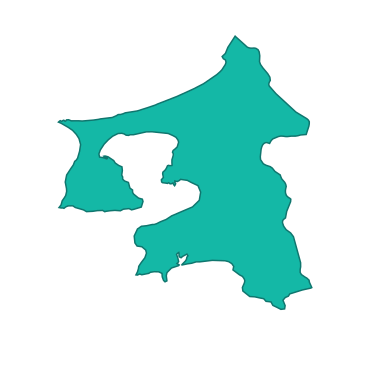 the Prefecture of Aomori, rotated 254°
{"feature_id": "JPN-1863", "entity_name": "Aomori", "entity_type": "Prefecture", "adm_level": 1, "iso_a3": "JPN", "parent_name": "Japan", "parent_adm1": "", "projection": "equal_earth", "projection_center": [140.822, 40.879], "detail": "fine", "context": "isolated", "style": "filled", "palette": "teal", "viewbox_px": 384, "rotation_deg": 254, "n_neighbors": 0, "source": "natural_earth", "source_scale": "10m", "svg_char_len": 4527}
<svg xmlns="http://www.w3.org/2000/svg" viewBox="0 0 384 384"><g transform="rotate(254 192 192)"><path d="M67.1,280.8L66.9,279.7L67.4,271.1L67.2,262.5L67.1,257.9L65.3,255.9L64.9,252.6L62.9,249.6L57.1,250.2L54.1,248.8L54.7,245.1L57.7,241.9L60.7,238.5L64.6,237.6L66.5,233.0L69.7,231.5L71.3,228.3L73.9,223.5L75.6,218.7L82.8,213.6L86.3,214.1L90.2,217.3L92.1,218.3L94.3,218.2L97.0,217.2L99.2,214.9L105.8,209.9L109.0,211.6L112.2,210.5L114.9,208.1L116.8,204.8L120.7,192.7L122.7,180.3L123.7,176.7L123.6,172.0L124.2,167.8L124.6,162.3L125.0,162.3L127.5,166.7L128.8,168.1L130.7,169.1L131.8,170.5L133.7,170.0L132.7,165.3L131.8,163.4L132.9,162.2L134.2,161.9L135.8,162.4L137.5,162.6L137.0,161.0L136.2,159.9L133.2,160.2L131.6,160.1L128.9,160.0L128.0,159.0L127.4,157.8L126.4,158.7L125.4,159.6L124.9,158.8L124.7,153.8L124.6,151.3L121.4,145.7L118.6,144.2L116.0,143.8L113.5,143.4L113.1,141.3L114.8,140.3L118.6,140.0L122.0,140.7L124.4,138.1L125.8,133.7L126.3,129.9L125.7,128.0L125.9,125.9L126.3,120.9L127.6,119.1L127.2,116.6L127.8,115.3L130.3,117.6L133.3,119.5L135.2,120.3L137.9,123.4L141.8,128.6L145.8,131.4L149.0,131.5L153.2,128.7L155.2,124.3L158.8,123.1L165.6,124.3L171.5,129.4L173.0,133.9L172.1,139.1L171.7,144.9L171.2,146.8L171.3,149.3L172.1,153.5L172.7,159.5L174.7,166.0L177.5,188.4L182.0,196.7L189.5,200.3L196.5,199.5L201.3,194.0L204.5,190.7L207.3,184.5L206.6,183.1L206.1,180.8L206.7,179.4L207.3,178.6L206.1,178.1L204.7,178.6L203.8,178.1L202.8,177.0L204.1,176.4L205.9,176.2L205.6,174.6L205.9,173.2L207.4,172.1L207.0,170.8L207.5,169.9L209.1,166.2L210.0,165.6L212.2,165.9L213.9,168.5L217.6,168.8L219.1,169.5L220.4,172.1L221.7,173.7L224.0,175.7L224.1,176.8L223.8,177.3L223.7,177.3L223.3,178.4L223.0,180.0L223.8,180.4L225.4,180.7L228.5,181.6L232.1,183.9L233.9,184.6L235.6,184.2L237.1,185.3L238.0,187.5L239.4,190.2L240.8,191.1L243.6,192.9L245.9,192.8L249.0,191.7L251.5,189.2L254.8,185.3L260.9,170.2L262.4,164.6L263.2,151.4L264.1,148.3L263.9,146.6L264.8,144.3L266.5,142.8L267.8,140.7L268.6,137.0L267.5,131.1L265.3,126.0L262.2,120.7L257.7,115.5L254.3,113.0L251.0,112.8L249.7,115.6L248.7,117.3L247.4,119.0L247.5,119.8L248.4,120.0L249.3,118.6L250.2,117.4L250.7,117.1L250.7,117.7L250.4,118.7L248.9,121.1L243.8,125.4L241.0,126.2L237.7,128.9L235.5,131.6L231.9,131.0L227.6,129.1L225.6,129.5L223.4,128.9L221.2,130.2L218.7,133.5L212.9,133.4L210.3,135.4L208.0,134.8L206.1,135.3L200.9,138.9L198.8,142.3L196.4,142.3L191.5,139.1L191.4,131.3L191.5,129.0L193.4,126.9L194.4,121.3L193.7,118.0L195.6,112.8L196.6,107.9L197.1,104.3L197.1,102.7L198.9,101.1L200.2,95.8L200.8,91.3L202.2,85.2L204.7,82.8L209.3,75.5L211.4,73.8L211.8,72.9L212.8,69.0L212.5,66.6L211.6,64.4L212.2,63.6L212.8,61.6L213.7,59.9L215.7,62.6L219.3,64.8L221.4,67.4L223.4,69.6L225.7,70.9L227.2,71.7L229.9,72.3L236.5,72.9L242.9,76.2L248.2,82.3L250.7,85.4L253.8,87.7L254.4,89.3L256.0,91.3L262.2,95.2L268.3,98.0L274.5,98.1L279.2,96.7L284.2,94.2L288.4,90.7L291.6,87.6L294.1,85.2L296.0,82.9L296.4,83.7L296.9,85.0L295.9,86.2L296.4,88.1L296.2,88.7L295.0,89.5L295.2,90.4L295.9,91.2L295.5,93.3L293.7,95.5L292.9,98.4L291.7,102.6L290.5,106.0L288.3,117.1L287.6,122.2L287.5,124.2L285.6,135.9L286.2,140.4L286.8,142.4L286.2,144.7L286.2,147.4L286.5,149.6L285.0,161.7L285.3,172.2L285.7,180.8L286.1,183.2L288.0,203.9L290.7,222.0L292.9,233.0L298.0,248.2L299.8,252.0L301.2,254.4L305.4,259.2L307.4,260.5L309.8,260.5L311.4,258.9L313.9,258.3L314.9,260.2L316.0,262.3L321.2,266.4L329.9,276.4L328.9,277.0L315.8,285.2L314.4,287.3L313.7,289.4L313.3,291.3L312.5,293.0L310.6,294.7L308.2,295.2L304.3,294.7L298.6,292.8L295.7,293.0L292.1,294.2L284.9,297.4L280.9,298.5L277.7,298.0L276.2,296.5L274.6,295.5L272.7,295.4L263.5,299.7L240.2,313.9L230.8,322.6L229.0,323.7L227.2,324.1L225.2,323.5L223.1,322.5L215.8,317.6L216.9,312.1L216.9,309.3L217.2,306.9L218.4,302.6L219.0,298.8L219.6,297.0L220.5,295.1L221.3,292.8L221.5,290.4L220.8,284.4L219.8,282.6L218.8,281.4L217.3,280.0L217.7,279.5L218.1,278.7L218.8,277.8L219.1,276.7L219.1,275.7L218.9,274.7L218.4,273.8L217.9,273.0L216.3,271.6L214.0,270.2L207.1,267.4L204.2,266.8L199.5,268.3L197.4,270.4L194.8,274.2L192.8,275.8L188.9,277.4L184.1,281.5L181.8,281.6L179.8,281.9L175.7,283.8L173.6,284.2L171.4,284.1L169.0,282.8L167.4,282.1L165.2,281.6L162.5,281.8L160.3,283.1L159.0,284.3L157.9,285.0L155.5,284.1L147.3,277.7L141.3,274.7L140.6,272.9L139.6,271.3L137.5,270.5L133.8,270.7L129.8,272.1L125.5,275.5L121.1,277.2L94.1,276.9L90.1,275.8L87.7,274.6L84.9,273.8L82.5,274.4L79.4,276.9L77.5,278.7L75.0,280.2L72.8,280.0L67.2,280.8L67.1,280.8Z" fill="#14b8a6" stroke="#0f766e" stroke-width="1.5"/></g></svg>